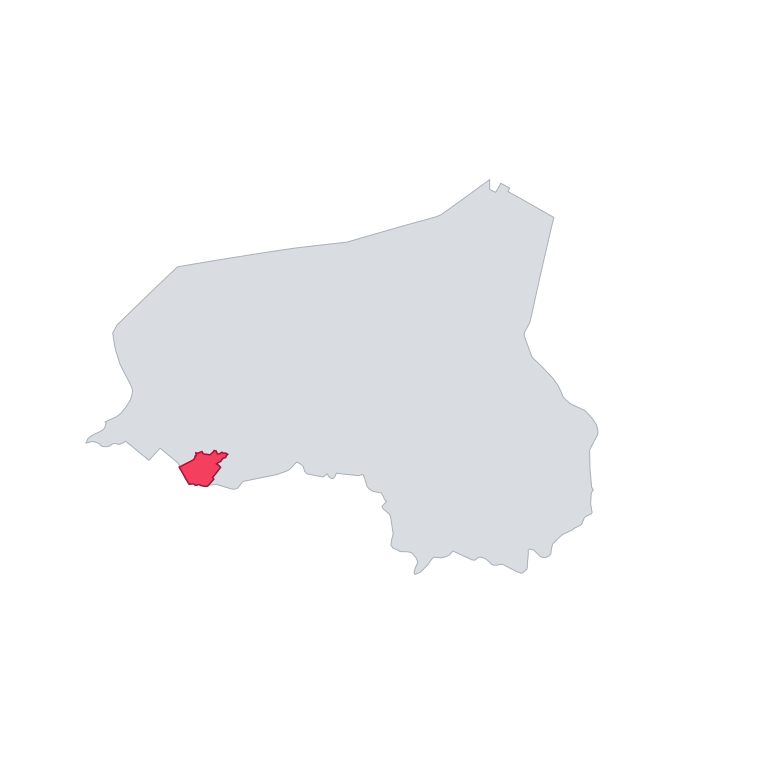 Al-Kahla, Maysan, Iraq (highlighted), rotated 130°
{"feature_id": "34846034B65265349522697", "entity_name": "Al-Kahla", "entity_type": "district", "adm_level": 2, "iso_a3": "IRQ", "parent_name": "Iraq", "parent_adm1": "Maysan", "projection": "orthographic", "projection_center": [47.293, 31.762], "detail": "fine", "context": "in_parent", "style": "filled", "palette": "rose", "viewbox_px": 768, "rotation_deg": 130, "n_neighbors": 0, "source": "geoboundaries", "source_scale": "gbopen_adm2", "svg_char_len": 5537}
<svg xmlns="http://www.w3.org/2000/svg" viewBox="0 0 768 768"><g transform="rotate(130 384 384)"><path d="M330.2,155.9L334.7,154.9L343.3,148.4L348.5,142.1L350.1,141.6L354.3,143.9L357.4,144.6L364.6,142.4L368.8,143.9L372.4,145.6L374.4,145.8L383.8,150.2L386.2,150.8L391.1,151.5L398.5,151.9L403.4,149.4L406.8,147.0L409.2,147.1L411.5,147.8L413.4,148.9L414.9,150.9L415.6,153.6L415.0,162.3L415.7,164.6L416.9,166.3L418.6,166.7L420.7,164.8L424.3,162.2L428.7,159.3L432.0,156.6L433.9,155.6L436.8,155.9L439.6,156.4L441.2,157.8L441.2,158.2L442.6,162.3L446.0,177.7L448.1,179.6L450.6,181.3L452.3,183.6L452.9,185.9L452.6,189.5L452.6,193.6L453.6,196.8L454.9,199.2L456.2,200.4L458.2,200.6L460.6,201.2L462.2,203.6L466.9,221.1L467.4,223.4L469.5,224.1L473.1,223.9L476.7,225.7L480.6,228.6L484.2,234.0L486.6,234.9L494.4,234.2L505.0,235.2L510.0,237.9L509.4,239.6L505.6,241.5L498.8,243.6L496.7,247.3L495.6,252.2L495.7,254.9L497.3,258.0L502.1,264.0L502.3,266.1L503.1,269.2L504.0,271.2L503.0,275.2L498.6,277.9L492.8,280.8L481.1,294.0L480.2,296.8L480.1,304.7L478.9,306.9L475.3,306.8L472.4,306.4L472.2,309.1L470.3,312.8L469.2,316.0L473.4,323.6L474.0,327.6L473.3,331.2L469.2,337.4L466.8,341.6L467.4,342.6L470.4,344.3L479.8,358.3L482.9,363.2L487.0,362.0L488.5,362.1L489.7,362.9L490.4,364.5L490.4,366.6L489.3,369.7L494.5,371.0L496.3,374.2L502.3,385.1L502.0,388.3L499.0,393.3L499.0,396.7L499.6,399.7L500.5,400.8L509.5,401.3L513.3,402.6L522.7,408.2L533.3,416.7L542.0,423.6L549.5,429.5L557.5,429.1L559.7,430.2L561.7,432.0L564.0,436.9L568.6,447.8L572.5,451.5L578.6,460.2L584.3,468.4L580.6,479.6L577.0,491.3L577.0,506.3L577.1,514.3L584.9,514.7L593.5,515.0L593.7,524.6L593.8,534.3L593.9,545.3L596.5,545.8L600.6,548.1L602.3,551.7L604.5,553.6L607.2,553.9L609.8,555.7L612.4,558.8L613.4,561.2L612.7,562.9L613.3,565.8L615.1,570.0L617.4,571.9L620.8,574.3L616.2,575.7L611.2,574.7L600.4,569.9L597.0,569.8L592.5,571.7L592.3,573.3L581.0,567.9L576.9,566.9L575.5,566.8L569.0,566.8L559.8,567.8L554.4,570.0L550.6,572.4L548.9,574.7L548.3,575.9L545.3,582.7L541.9,591.4L538.4,599.2L531.4,610.1L527.6,615.2L519.3,624.6L510.5,626.4L489.9,624.4L467.1,622.0L444.5,619.5L427.6,617.6L426.3,617.0L410.0,603.1L397.1,592.1L381.2,578.3L364.9,564.2L348.5,549.7L336.7,539.2L322.4,525.7L309.5,513.4L299.3,503.7L286.1,494.9L275.9,488.0L261.0,478.0L249.1,469.9L239.0,463.0L223.5,452.3L218.3,449.3L201.9,445.0L186.3,441.1L170.2,437.1L159.5,434.4L167.1,428.1L165.4,421.7L160.1,422.5L155.2,423.6L153.1,413.7L156.9,412.8L154.4,400.0L152.0,386.8L149.6,374.0L147.2,361.0L161.4,353.9L172.0,348.5L186.8,341.0L201.0,333.7L214.5,326.7L229.4,318.9L242.7,312.0L254.5,309.5L257.2,307.2L263.1,296.9L268.2,288.1L268.5,286.0L269.3,273.2L271.1,258.2L273.1,250.2L276.1,243.3L278.8,238.2L279.3,233.4L279.3,228.4L277.3,220.9L275.2,213.0L276.0,205.5L276.7,201.5L278.7,195.2L281.7,190.7L284.8,188.0L295.7,185.6L302.3,184.1L311.3,176.3L316.7,171.6L324.1,164.1L329.6,158.6L330.2,156.7L330.2,155.9Z" fill="#d9dde1" stroke="#a8b0b8" stroke-width="1"/><path d="M543.2,469.7L543.4,470.0L543.7,470.5L544.0,471.0L544.1,471.4L544.5,471.4L544.9,471.3L545.4,471.1L545.8,471.2L546.8,471.3L547.6,471.4L548.5,471.6L549.5,471.7L550.4,472.0L550.6,472.4L550.9,473.1L551.1,473.3L551.4,473.9L551.6,474.2L552.2,475.3L552.7,475.7L553.0,476.0L553.1,476.4L553.3,477.1L553.5,478.3L553.2,478.9L552.9,479.4L552.7,479.9L552.9,480.2L553.5,480.5L554.1,480.8L554.7,481.1L555.6,481.6L556.4,481.8L556.5,482.0L557.1,482.9L557.7,483.9L558.3,483.2L558.9,482.6L559.6,481.8L560.6,482.4L561.2,482.1L561.7,481.7L562.3,481.4L563.0,481.3L563.7,481.3L564.1,481.3L564.3,481.3L564.9,481.4L565.5,481.7L566.7,482.1L568.0,482.6L571.4,484.1L576.2,486.1L579.3,487.5L580.0,485.8L580.0,485.7L580.8,483.5L581.5,481.5L582.2,479.6L582.8,478.1L583.8,475.6L584.7,472.9L585.6,470.3L586.0,469.4L586.0,469.2L586.0,468.6L585.5,468.1L584.6,467.4L584.0,466.9L583.6,466.4L583.3,466.0L583.0,465.6L582.8,465.2L582.8,464.7L582.7,464.4L582.9,463.9L583.0,463.5L582.7,463.2L582.2,462.7L581.8,462.2L581.4,462.1L581.1,461.9L580.5,461.6L580.2,461.3L579.9,460.9L579.7,460.6L579.7,460.2L579.6,459.8L579.6,459.5L579.6,459.1L579.3,458.6L578.7,457.6L578.4,457.2L578.3,456.6L578.1,456.3L577.5,455.5L577.1,454.8L576.7,454.4L576.2,454.2L575.8,453.9L575.6,453.7L575.6,453.4L574.7,453.4L574.0,453.4L572.6,453.3L569.9,453.3L567.3,453.2L566.3,453.2L565.9,454.5L565.6,455.3L564.5,455.3L563.5,455.2L562.7,455.2L561.2,455.2L559.4,455.3L557.1,455.4L555.4,455.5L554.7,455.5L554.0,455.6L553.6,455.6L553.1,455.5L553.0,455.8L552.8,456.2L552.7,456.5L552.7,457.1L552.6,457.9L552.6,458.3L552.6,458.9L552.5,459.2L552.7,459.5L552.8,459.8L552.8,460.1L552.9,460.4L552.9,460.9L553.0,461.1L552.9,461.2L552.7,461.1L552.5,460.9L552.4,460.7L551.9,460.7L551.4,460.5L551.0,460.4L550.6,460.3L550.1,460.1L549.6,460.0L549.4,459.9L549.0,459.7L548.6,459.4L548.3,459.3L548.0,459.4L547.6,459.4L547.2,459.4L546.9,459.4L546.5,459.5L545.9,459.7L545.4,459.6L545.0,459.6L544.5,459.4L543.9,459.2L543.2,458.9L542.8,458.4L542.4,458.2L542.2,458.1L541.9,458.2L541.6,458.2L541.3,458.3L541.1,458.3L540.8,458.5L540.6,458.6L540.4,458.7L540.1,458.7L539.8,458.6L539.3,458.7L539.0,458.6L538.7,458.5L538.3,458.5L538.3,458.8L538.4,459.2L538.4,459.6L538.5,460.1L538.6,460.6L538.9,461.1L539.5,461.8L539.8,462.2L540.1,462.5L540.4,462.7L540.4,463.2L540.4,463.6L540.4,464.2L540.6,464.4L541.1,464.6L541.6,464.7L542.2,464.8L542.6,464.9L543.2,465.0L543.3,465.1L543.6,465.4L544.1,466.0L544.6,466.7L544.7,466.8L544.6,467.0L544.3,467.4L544.1,467.7L543.9,468.1L543.7,468.4L543.7,468.7L543.7,468.8L543.2,469.7Z" fill="#f43f5e" stroke="#9f1239" stroke-width="1.5"/></g></svg>